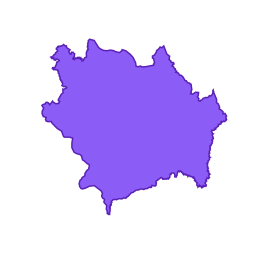 outline of Pak Chong, Nakhon Ratchasima, Thailand, rotated 195°
{"feature_id": "78962969B19960010769064", "entity_name": "Pak Chong", "entity_type": "district", "adm_level": 2, "iso_a3": "THA", "parent_name": "Thailand", "parent_adm1": "Nakhon Ratchasima", "projection": "albers", "projection_center": [101.393, 14.643], "detail": "fine", "context": "isolated", "style": "filled", "palette": "violet", "viewbox_px": 256, "rotation_deg": 195, "n_neighbors": 0, "source": "geoboundaries", "source_scale": "gbopen_adm2", "svg_char_len": 5760}
<svg xmlns="http://www.w3.org/2000/svg" viewBox="0 0 256 256"><g transform="rotate(195 128 128)"><path d="M55.5,186.7L55.7,186.0L55.0,183.5L55.9,180.7L56.4,180.3L57.4,180.5L58.0,180.0L58.2,178.7L59.9,177.6L60.7,177.7L63.2,176.0L63.8,174.3L65.0,173.6L65.3,172.6L67.0,172.7L67.2,174.8L69.1,176.1L68.6,177.3L69.0,180.5L71.9,180.1L74.3,177.4L76.5,177.4L76.0,178.7L76.7,180.1L76.2,181.3L78.4,186.6L79.8,186.7L79.9,187.2L82.4,187.3L83.9,188.7L84.9,188.4L88.3,191.7L90.4,192.7L91.8,192.3L93.5,194.1L96.2,194.2L95.6,195.3L97.5,196.4L97.6,198.0L97.9,197.2L98.5,197.4L99.8,198.9L101.5,199.3L101.1,200.2L101.4,201.0L100.5,201.0L100.1,201.7L100.9,202.9L103.5,202.8L104.2,204.1L106.0,204.6L106.4,208.1L109.6,209.5L114.7,216.5L116.0,214.4L118.0,214.5L118.5,212.8L120.4,210.1L120.3,208.5L121.3,205.3L123.0,203.8L122.4,201.8L121.2,201.6L119.7,198.6L119.2,197.4L119.9,196.3L119.4,195.3L127.2,191.6L130.4,190.6L131.9,191.1L134.3,189.7L136.3,189.9L137.5,192.9L141.3,197.4L144.8,199.7L150.1,202.0L153.9,202.2L154.1,200.8L155.9,198.6L160.0,198.5L161.8,199.0L165.2,198.7L168.1,197.2L171.7,196.6L175.0,197.2L177.3,198.2L183.3,203.8L188.0,203.8L189.0,202.1L188.4,200.6L188.9,199.4L188.3,198.2L188.3,196.7L187.9,196.6L188.2,195.8L187.2,194.7L187.3,193.2L186.9,193.2L187.5,192.3L187.7,189.8L186.5,185.8L187.9,184.7L188.6,182.5L188.5,181.6L189.1,181.4L189.7,181.8L189.9,181.1L191.1,182.6L191.6,182.3L191.7,182.7L191.2,183.1L191.8,183.1L192.0,183.6L192.5,183.0L193.0,183.4L193.3,182.9L193.8,183.5L194.3,183.1L194.5,183.7L194.5,182.2L195.0,182.0L195.2,182.7L195.7,182.1L196.6,182.2L197.2,181.6L197.3,180.4L198.2,181.0L198.2,180.2L198.7,180.2L199.3,181.0L198.3,182.8L198.8,185.9L199.5,186.0L200.6,186.9L202.2,186.6L202.1,184.6L203.0,184.4L205.1,186.7L204.2,188.5L208.2,189.8L208.7,191.4L210.1,191.1L211.8,192.0L212.5,190.8L213.9,190.0L214.0,189.5L215.9,189.2L216.0,188.5L217.0,188.4L216.7,187.7L217.8,186.6L217.6,185.5L216.4,185.1L215.9,184.1L217.5,181.7L217.2,180.9L218.8,179.1L219.3,177.4L220.9,176.5L219.3,175.3L217.7,176.4L217.1,174.7L215.4,174.7L215.3,175.9L214.6,176.2L212.5,175.8L211.8,175.2L213.8,173.2L213.6,170.1L214.0,169.8L214.2,167.4L216.4,166.8L216.5,165.9L214.6,165.0L213.8,165.7L212.5,165.5L210.9,165.9L210.6,164.9L209.5,164.2L209.7,163.6L209.4,162.7L208.6,162.5L207.8,161.1L208.0,160.5L206.6,159.4L206.5,157.8L205.1,156.9L205.2,156.4L204.0,156.1L203.7,155.1L203.1,154.9L202.5,153.2L202.8,151.9L200.7,151.3L198.9,152.0L197.6,151.0L199.9,148.8L201.0,148.7L199.9,145.3L201.2,143.2L202.6,137.6L202.4,136.4L200.9,136.1L201.3,133.8L201.9,133.9L202.6,133.2L204.2,132.8L207.3,133.8L207.8,134.4L209.4,130.5L209.7,131.1L210.9,130.9L211.5,131.7L212.9,131.9L213.9,131.4L214.2,130.0L216.1,128.7L217.0,127.6L214.6,125.2L215.2,121.8L214.7,119.7L212.9,117.2L209.8,117.0L209.9,114.8L208.9,113.6L206.9,113.4L203.8,114.4L202.4,112.9L196.1,109.2L191.4,107.8L188.0,103.1L187.1,102.7L182.3,104.0L178.8,103.9L178.3,99.0L177.1,94.5L173.9,90.7L171.2,90.0L167.5,89.9L165.9,89.2L163.6,85.4L161.9,85.0L158.2,83.0L156.1,82.5L155.6,81.8L155.4,78.0L156.6,76.7L157.8,73.2L157.4,70.6L159.4,68.4L159.9,66.2L160.8,65.0L160.8,61.3L160.0,60.4L159.7,59.1L157.7,57.4L156.1,57.4L153.7,58.8L150.1,61.9L145.6,63.6L137.6,60.3L135.7,58.1L135.9,56.0L135.5,54.9L133.9,53.4L133.1,53.5L132.2,52.8L132.1,50.1L128.5,47.6L128.0,44.1L126.5,42.3L125.9,40.0L124.2,39.5L123.4,39.7L123.8,41.4L124.2,41.4L123.8,42.8L124.5,46.1L124.9,46.0L125.2,46.7L124.8,47.5L125.3,48.3L125.3,48.9L124.5,48.8L124.2,49.3L124.9,50.8L124.4,51.9L125.0,52.1L125.1,53.0L124.2,54.0L123.9,55.0L121.1,55.9L120.6,55.7L118.5,57.4L115.4,58.0L114.0,59.6L112.4,59.4L111.2,60.5L111.2,61.5L110.2,62.0L107.9,66.5L106.7,66.9L103.8,70.3L101.7,70.9L99.7,72.6L96.8,72.7L96.0,73.6L93.5,74.6L92.1,76.4L91.1,76.2L90.6,76.8L90.0,76.8L90.1,78.7L86.8,78.9L86.0,80.2L86.5,81.1L86.3,82.3L87.2,83.3L86.8,84.5L85.8,85.2L85.6,86.1L84.2,87.3L83.6,88.6L82.5,88.7L81.1,87.5L80.6,87.7L80.6,88.2L78.9,88.1L78.3,88.8L77.3,88.6L76.6,89.5L76.0,89.3L76.1,89.9L75.6,89.8L74.9,91.1L75.4,94.2L75.2,94.6L74.5,94.5L74.7,95.0L74.1,95.9L71.7,96.3L70.7,95.0L70.1,92.9L68.6,93.3L68.9,94.4L68.4,95.1L68.7,95.6L68.4,98.4L68.7,98.5L68.1,99.7L67.2,99.8L66.9,99.2L66.1,100.0L65.9,99.5L64.9,99.7L64.6,99.0L63.6,98.9L63.4,98.1L62.8,98.2L62.2,97.2L61.3,97.6L60.9,98.4L60.2,98.3L59.6,97.5L59.1,97.9L58.0,97.7L57.6,96.7L56.8,98.0L56.4,97.6L55.6,97.7L55.4,97.2L53.8,97.6L52.6,96.8L51.9,97.7L51.3,97.1L51.3,96.4L50.4,96.2L50.2,95.1L49.5,94.9L49.8,94.6L49.3,94.5L49.4,94.1L46.7,92.7L47.1,92.0L46.6,90.4L45.8,89.9L45.1,90.2L45.0,89.2L44.3,90.1L44.2,91.2L42.9,90.6L43.0,90.2L42.1,90.4L41.6,89.6L41.3,90.0L41.0,89.6L40.4,90.2L40.9,91.3L40.6,91.9L39.4,91.2L38.7,92.0L37.7,91.8L37.5,93.1L39.5,94.9L38.3,97.2L39.5,97.9L38.3,99.8L38.5,100.4L37.3,99.9L36.5,101.1L37.3,101.7L37.3,102.8L37.9,103.6L36.9,104.7L38.5,105.5L38.6,106.4L39.8,106.8L39.3,107.4L40.1,107.7L39.8,108.1L40.4,108.7L40.0,110.0L41.1,110.4L40.9,111.3L41.8,112.4L41.7,113.9L42.7,114.3L41.8,115.5L42.1,117.1L41.6,117.3L41.2,119.1L41.6,120.3L41.1,120.9L41.8,120.9L42.3,121.4L42.2,122.2L43.0,123.6L43.2,124.6L42.6,124.9L43.4,126.3L43.0,127.7L43.1,129.2L43.7,129.5L43.5,131.0L44.1,131.4L44.1,132.4L43.3,132.7L43.2,134.4L42.7,134.7L43.1,136.1L42.9,137.4L44.0,138.3L43.0,139.4L42.8,139.9L43.2,140.4L42.8,140.5L43.7,140.7L43.5,141.2L44.8,142.9L44.2,144.4L45.1,144.2L45.4,145.2L46.6,146.0L46.3,147.5L45.9,147.2L44.3,148.2L43.9,148.7L44.1,149.3L43.1,149.5L43.6,150.6L42.9,150.7L42.0,152.5L41.3,152.9L41.7,154.7L40.7,154.8L40.2,155.8L39.4,155.8L39.2,157.1L39.8,158.1L39.6,158.6L38.3,158.2L37.4,159.4L36.4,159.2L35.2,160.7L35.7,161.6L35.1,161.8L36.1,163.5L36.3,164.6L35.9,165.0L38.1,167.2L39.8,166.2L40.4,168.2L42.8,169.5L44.8,170.0L44.9,171.8L47.1,174.7L49.0,175.4L49.9,178.7L54.1,184.1L55.5,186.7Z" fill="#8b5cf6" stroke="#5b21b6" stroke-width="1.5"/></g></svg>